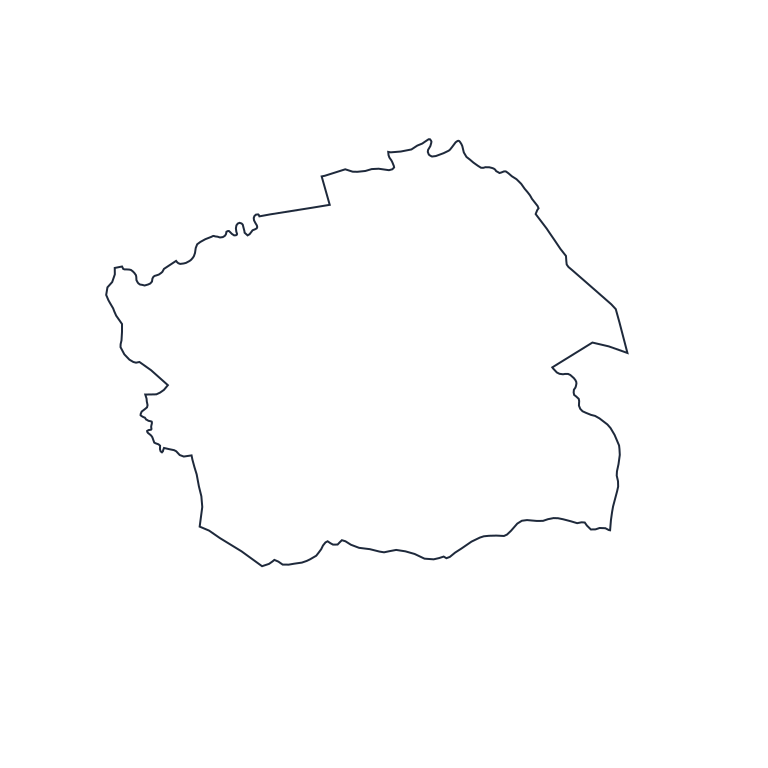 the district of Bim Son, Thanh Hóa, Vietnam, rotated 145°
{"feature_id": "81297802B8967556658808", "entity_name": "Bim Son", "entity_type": "district", "adm_level": 2, "iso_a3": "VNM", "parent_name": "Vietnam", "parent_adm1": "Thanh Hóa", "projection": "natural_earth1", "projection_center": [105.883, 20.088], "detail": "fine", "context": "isolated", "style": "outline", "palette": "slate", "viewbox_px": 768, "rotation_deg": 145, "n_neighbors": 0, "source": "geoboundaries", "source_scale": "gbopen_adm2", "svg_char_len": 4822}
<svg xmlns="http://www.w3.org/2000/svg" viewBox="0 0 768 768"><g transform="rotate(145 384 384)"><path d="M588.4,304.7L581.4,302.6L577.0,302.6L574.7,302.8L572.4,299.1L570.6,294.2L565.7,290.7L560.6,288.3L553.7,284.8L548.8,283.4L545.2,282.8L538.0,282.2L534.4,283.3L530.2,284.7L526.6,286.7L522.8,287.8L520.4,287.5L519.2,284.3L517.9,281.7L514.1,279.1L511.2,279.7L508.1,280.2L505.8,277.3L503.3,271.3L498.4,264.1L490.3,256.8L483.8,249.3L480.5,246.1L475.6,244.0L469.2,241.1L462.5,234.7L456.4,227.2L451.0,217.7L443.9,211.9L438.7,209.8L434.1,208.4L432.8,205.5L429.2,204.6L422.5,205.1L414.8,204.8L402.7,204.7L393.5,203.2L389.6,202.0L385.0,199.4L378.8,195.3L372.9,190.7L369.6,190.1L364.2,190.9L354.9,193.2L349.5,192.9L344.9,190.5L337.4,184.2L332.3,180.7L327.2,179.2L322.0,176.9L318.4,174.2L314.9,170.5L309.7,164.4L305.6,159.2L301.5,157.4L299.0,155.4L299.0,151.7L298.0,146.2L294.1,143.6L290.0,142.4L285.4,138.9L283.6,135.4L282.7,134.5L276.2,142.3L270.7,148.2L266.6,152.3L260.2,157.7L254.5,162.5L251.0,165.7L248.1,170.1L245.9,175.5L243.3,178.8L237.9,183.8L231.5,190.7L228.4,195.7L226.7,198.8L224.3,210.1L223.7,218.0L224.2,222.7L227.2,232.2L229.4,236.8L232.1,239.9L235.2,244.7L237.0,247.8L237.5,251.1L236.7,254.5L233.9,258.1L233.0,260.2L233.8,263.8L234.5,266.0L233.5,268.3L231.7,270.4L229.2,271.3L227.9,272.3L226.1,274.0L225.3,275.5L225.0,277.3L225.1,279.9L225.7,282.4L226.2,284.5L227.4,286.6L229.9,288.4L231.8,289.3L234.4,291.7L235.8,294.3L236.6,299.9L236.6,301.1L189.5,298.4L178.3,285.9L166.8,269.8L155.8,299.4L151.2,312.4L152.1,318.9L160.8,354.3L164.6,369.6L165.7,373.7L165.8,374.3L165.8,377.1L164.1,380.2L161.5,384.5L162.0,393.4L161.8,403.9L161.7,413.6L161.6,418.0L162.3,436.2L161.9,436.5L158.8,438.5L156.6,439.3L156.1,441.7L156.6,450.7L156.2,454.8L156.4,459.1L156.8,463.2L156.8,466.4L156.8,469.2L158.0,475.8L160.1,480.8L161.2,485.2L161.8,487.0L162.3,488.3L163.7,489.3L166.7,490.0L168.4,490.6L169.1,492.2L170.0,494.0L170.0,495.9L170.6,497.6L171.6,499.0L173.5,501.2L175.4,502.5L176.5,503.4L178.6,504.1L180.5,505.5L182.0,509.1L183.8,514.2L184.9,518.5L186.2,522.7L185.8,527.9L184.7,530.7L183.4,534.0L183.0,536.1L182.9,538.3L183.0,539.8L183.6,540.6L184.4,540.9L186.7,540.9L192.5,539.0L195.6,538.1L197.2,538.0L202.8,538.9L210.8,541.0L214.2,542.8L215.1,544.4L215.7,546.2L215.0,549.0L213.6,550.5L209.6,552.3L207.0,554.4L206.1,555.4L205.9,556.5L206.0,557.8L206.0,558.1L207.1,558.9L211.6,559.0L214.7,559.0L220.0,560.2L227.0,560.4L236.9,564.8L245.6,569.9L247.4,571.7L249.0,568.9L249.7,566.4L249.7,562.8L250.0,560.8L250.9,556.9L251.5,555.6L254.0,555.1L257.3,556.3L264.9,563.4L270.8,567.1L277.1,569.2L284.1,573.1L287.9,575.9L292.6,582.1L313.0,588.5L316.0,589.8L325.7,561.9L341.1,569.3L380.3,588.4L382.5,589.4L389.9,592.8L389.6,594.4L389.8,595.1L391.8,596.2L393.8,595.9L395.5,594.7L396.6,592.6L397.0,589.7L397.2,586.8L397.8,585.3L399.0,584.5L400.9,584.7L403.5,585.3L405.3,584.7L408.2,583.8L410.5,584.0L411.4,587.9L410.7,589.2L409.2,593.2L408.3,595.6L408.6,597.2L409.9,598.9L411.8,599.3L412.3,599.1L413.9,598.6L416.0,596.5L417.6,593.5L418.3,591.2L419.0,590.7L420.0,590.8L421.5,591.7L422.5,594.2L423.0,597.1L423.3,598.3L424.0,598.8L425.7,599.1L427.5,597.4L429.2,596.7L430.4,596.7L431.8,596.8L434.3,598.1L435.9,600.2L437.6,601.7L438.5,602.9L439.2,603.3L441.1,603.6L447.3,605.1L452.9,605.7L456.9,605.6L460.2,603.4L463.7,599.7L466.5,597.7L468.3,597.0L470.7,596.4L472.7,596.3L476.8,596.8L479.1,597.7L482.1,599.3L483.2,600.9L483.6,602.5L483.7,604.1L498.2,604.5L501.2,603.0L502.8,602.8L505.7,602.8L508.4,603.6L509.8,604.1L511.3,604.1L513.2,603.2L515.3,601.0L517.8,600.4L520.1,600.8L523.6,602.0L525.2,603.9L526.8,605.4L527.5,607.4L527.5,608.8L527.2,611.1L525.5,613.8L524.8,615.4L524.8,618.2L525.2,620.5L525.9,622.6L527.1,623.9L529.0,625.4L530.8,626.7L531.6,627.8L531.2,630.5L538.0,633.5L541.6,628.2L548.2,623.4L555.1,621.8L560.5,616.3L561.7,610.6L562.0,607.5L562.5,601.3L563.3,598.2L564.2,593.6L564.2,583.4L568.7,577.0L574.0,570.3L576.9,567.7L578.7,565.3L579.7,557.2L578.6,550.0L576.7,545.8L574.9,543.7L571.7,542.3L566.9,528.9L561.7,507.0L567.7,505.4L572.4,505.4L576.4,506.1L580.6,508.9L585.6,512.3L586.9,508.2L588.3,505.8L589.8,502.3L591.5,500.8L593.7,500.6L598.3,500.4L600.4,499.1L601.3,498.1L601.1,497.1L600.2,495.1L599.7,494.3L599.2,493.6L599.2,491.9L599.2,491.2L598.6,490.3L598.1,489.0L596.6,487.4L595.9,486.5L596.0,485.9L596.8,484.8L598.1,483.7L599.3,482.5L600.3,480.5L601.1,480.2L603.3,481.3L605.0,481.4L605.4,480.6L605.4,479.2L604.8,477.3L604.3,475.3L604.3,473.3L605.8,467.8L605.2,466.6L603.3,463.9L602.8,461.9L604.9,459.1L605.6,456.9L605.1,455.4L603.7,455.7L602.8,456.5L600.9,457.8L597.4,453.9L593.9,450.2L592.8,448.1L592.1,443.0L589.6,439.4L582.6,435.9L584.3,432.0L587.0,424.5L589.3,417.4L594.3,406.4L598.0,396.8L603.4,387.5L616.8,372.9L611.4,364.3L606.8,351.9L596.7,328.7L588.4,304.7Z" fill="none" stroke="#1e293b" stroke-width="2"/></g></svg>